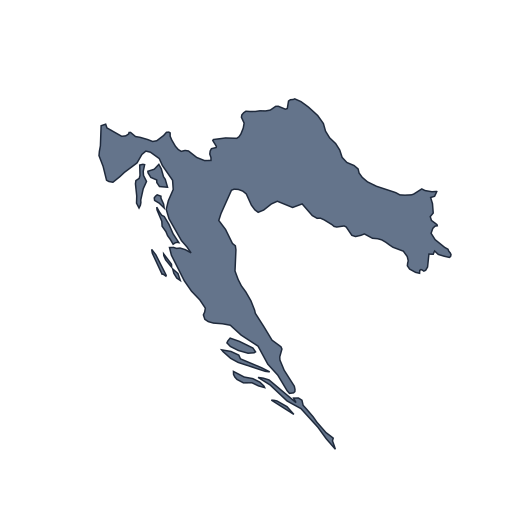 outline of Croatia, rotated 17°
{"feature_id": "HRV", "entity_name": "Croatia", "entity_type": "country or territory", "adm_level": 0, "iso_a3": "HRV", "parent_name": "Europe", "parent_adm1": "", "projection": "robinson", "projection_center": [16.337, 44.484], "detail": "fine", "context": "isolated", "style": "filled", "palette": "slate", "viewbox_px": 512, "rotation_deg": 17, "n_neighbors": 0, "source": "natural_earth", "source_scale": "50m", "svg_char_len": 4647}
<svg xmlns="http://www.w3.org/2000/svg" viewBox="0 0 512 512"><g transform="rotate(17 256 256)"><path d="M73.7,173.9L76.0,177.1L92.6,180.8L96.3,179.2L98.5,176.6L98.5,175.0L99.9,174.5L105.8,177.0L110.6,176.4L118.3,176.3L123.7,176.7L127.4,174.8L132.4,167.8L134.2,163.9L136.4,163.0L137.9,163.4L138.9,166.6L141.5,169.7L146.8,174.6L150.5,176.9L153.9,177.8L157.3,175.8L160.7,175.3L170.5,179.1L178.9,179.8L185.0,177.8L184.2,175.1L182.0,172.0L181.5,169.0L182.0,166.4L186.2,163.9L186.0,162.7L180.9,158.2L181.2,157.1L192.4,152.0L203.2,149.1L204.9,146.9L205.9,143.6L206.4,137.4L205.8,132.4L201.5,127.6L201.2,125.2L202.3,122.7L204.0,120.5L208.3,119.5L213.3,117.9L217.3,116.0L222.7,114.5L227.0,112.3L231.1,107.1L233.6,106.3L241.2,107.0L242.8,105.8L241.8,98.3L243.2,96.5L245.9,95.4L247.1,94.4L253.8,95.2L259.4,97.1L262.7,98.3L273.9,103.6L281.7,109.6L286.0,116.3L291.9,121.5L299.3,125.2L305.1,130.2L309.5,136.5L315.5,140.0L323.3,140.8L328.2,142.9L330.3,146.5L334.5,149.7L340.9,152.5L350.8,154.1L369.7,154.5L371.4,154.6L375.7,155.5L380.6,154.3L386.7,152.1L388.6,150.8L394.9,143.4L398.5,144.0L405.5,143.1L409.7,141.5L410.0,141.5L409.8,143.4L409.3,146.7L405.9,149.0L409.5,154.4L412.9,163.1L411.1,167.4L413.4,170.7L419.9,173.1L420.5,174.1L418.5,175.1L417.0,177.9L416.8,183.1L422.5,188.0L433.9,192.6L437.6,193.4L439.0,195.1L440.9,196.3L442.1,197.7L442.2,199.5L441.4,200.8L436.0,201.2L429.8,201.2L425.4,199.0L425.1,200.6L425.0,202.5L420.8,203.6L423.3,216.4L422.4,220.1L420.9,221.4L419.4,220.9L417.7,220.7L416.8,221.9L417.5,224.7L413.4,225.0L406.7,223.6L403.6,221.1L403.1,218.5L403.0,216.1L400.8,212.3L395.5,208.3L384.4,207.6L380.4,206.4L376.1,204.9L371.5,203.8L367.3,203.9L362.2,205.0L353.2,203.2L350.2,205.6L345.5,208.3L341.6,208.2L333.8,201.9L331.5,201.5L324.7,204.7L322.0,204.9L319.8,203.9L310.6,201.5L306.5,201.0L303.4,202.1L298.0,200.9L284.9,192.7L276.8,198.9L260.4,197.4L255.5,201.7L249.9,209.8L245.3,213.6L241.4,212.2L236.7,208.7L228.6,199.5L224.4,197.8L219.7,197.5L215.5,198.5L213.3,200.3L211.6,213.7L210.1,225.7L210.0,232.9L219.1,239.5L229.8,250.9L233.3,252.3L235.0,256.0L237.5,265.6L240.3,276.5L245.8,283.7L250.7,288.8L256.7,293.3L264.3,300.4L270.5,308.2L272.1,311.0L284.2,321.3L295.9,331.8L306.4,335.5L308.0,337.4L308.2,345.5L309.3,348.5L316.3,357.0L330.7,369.3L332.3,372.2L332.8,374.3L331.9,375.9L328.2,377.6L325.1,375.7L311.7,363.6L298.9,356.0L284.3,341.6L264.9,336.0L251.7,329.7L243.8,330.6L234.9,332.6L229.5,332.7L225.6,331.5L222.9,327.7L223.3,324.6L222.8,320.7L215.1,314.4L204.6,308.5L194.7,300.7L174.8,279.9L170.8,273.2L174.7,271.9L177.7,272.0L181.1,270.6L186.5,270.6L193.0,272.0L187.3,267.5L180.2,263.1L161.9,245.8L156.5,237.6L156.0,228.7L157.4,216.6L154.1,208.0L140.1,196.9L135.0,191.1L124.7,187.6L120.0,187.9L117.2,192.2L115.0,201.8L105.7,214.5L102.5,220.1L97.6,227.3L93.4,227.8L90.9,227.2L83.6,215.0L76.5,205.9L75.6,201.6L75.0,196.2L69.8,176.7L73.7,173.9ZM383.1,407.6L383.2,410.5L385.7,413.8L388.4,417.6L376.4,410.1L365.3,401.7L343.6,388.8L328.2,385.6L307.2,375.2L293.5,371.5L298.7,370.7L304.7,370.7L337.1,384.5L333.5,380.9L338.1,379.4L342.1,380.5L344.7,385.0L349.7,388.0L357.8,393.2L362.9,397.2L374.5,404.4L377.3,405.4L383.1,407.6ZM130.6,241.2L130.1,244.3L126.3,240.4L124.4,233.5L119.6,222.2L119.1,219.0L121.6,215.9L121.5,212.8L118.2,203.0L121.0,201.4L122.8,201.2L123.4,208.0L124.9,211.9L129.5,216.7L128.5,224.7L129.4,236.1L130.3,238.6L130.6,241.2ZM151.3,216.1L143.4,217.8L139.7,214.8L138.8,212.3L132.4,211.6L128.5,208.1L127.8,206.6L133.3,202.8L136.3,196.8L140.0,200.4L144.4,207.3L146.8,209.2L151.3,216.1ZM276.8,351.3L266.7,351.5L257.9,350.0L253.6,347.6L253.9,345.5L255.3,342.1L265.0,342.5L279.9,344.9L283.6,347.8L282.5,349.1L276.8,351.3ZM303.0,362.8L298.5,363.6L270.0,363.0L261.7,361.3L252.5,357.1L250.6,355.8L259.9,354.6L268.5,355.8L271.2,358.9L294.5,361.3L303.0,362.8ZM175.0,266.9L173.3,269.0L169.2,265.2L165.5,262.4L162.8,259.1L157.5,255.0L155.8,250.4L147.9,240.9L146.8,238.3L150.7,242.1L153.9,244.6L156.7,245.1L163.5,251.2L170.2,259.0L178.3,265.8L176.6,266.0L175.0,266.9ZM268.2,373.0L280.1,375.2L288.8,374.2L296.6,375.5L301.5,378.0L302.7,379.3L296.4,379.5L289.2,378.4L281.1,381.0L273.9,379.6L271.2,378.0L269.2,375.9L268.2,373.0ZM174.8,299.7L175.8,300.8L175.7,301.6L172.4,300.5L171.5,300.9L156.0,283.6L154.3,280.2L159.9,284.2L174.8,299.7ZM152.5,233.4L154.1,236.9L148.1,233.8L142.8,232.5L141.7,230.2L142.4,228.2L143.6,226.4L147.6,226.6L148.2,228.5L152.5,233.4ZM329.7,391.0L338.5,396.4L312.8,389.3L315.7,388.7L318.4,388.5L329.7,391.0ZM186.5,295.6L190.7,301.5L186.7,300.3L182.5,296.6L180.1,292.7L186.5,295.6ZM177.6,288.6L178.6,291.4L170.7,286.1L167.7,282.6L167.1,281.0L177.6,288.6Z" fill="#64748b" stroke="#1e293b" stroke-width="1.5"/></g></svg>